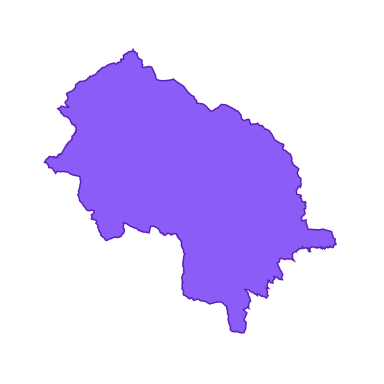 the district of Cuenca, Azuay, Ecuador, rotated 189°
{"feature_id": "8360857B44277665484155", "entity_name": "Cuenca", "entity_type": "district", "adm_level": 2, "iso_a3": "ECU", "parent_name": "Ecuador", "parent_adm1": "Azuay", "projection": "albers", "projection_center": [-79.199, -2.836], "detail": "fine", "context": "isolated", "style": "filled", "palette": "violet", "viewbox_px": 384, "rotation_deg": 189, "n_neighbors": 0, "source": "geoboundaries", "source_scale": "gbopen_adm2", "svg_char_len": 5984}
<svg xmlns="http://www.w3.org/2000/svg" viewBox="0 0 384 384"><g transform="rotate(189 192 192)"><path d="M311.3,190.1L306.1,189.9L305.0,189.2L303.5,184.2L303.8,177.2L304.3,175.4L303.6,173.5L304.3,171.2L302.7,169.2L301.6,165.8L298.2,163.2L296.7,161.2L294.7,159.7L293.8,158.2L292.6,157.5L290.7,157.3L288.3,158.4L285.6,158.1L285.5,156.3L287.8,153.4L286.9,152.0L287.2,149.6L282.7,149.2L281.8,148.7L281.5,147.2L282.1,146.1L279.6,144.5L279.7,143.0L277.2,138.3L275.9,137.5L275.9,136.6L275.1,135.7L275.2,134.8L271.3,132.7L269.7,130.7L268.2,131.0L265.8,133.0L264.5,133.3L262.4,134.9L260.7,135.6L260.0,135.3L257.5,135.7L254.9,137.3L255.0,138.1L253.1,140.9L252.7,142.3L253.1,144.7L254.3,145.8L254.4,149.2L255.0,150.6L254.6,150.9L251.4,150.4L247.6,148.6L245.2,148.2L244.0,147.6L240.7,147.3L238.8,145.7L236.5,145.8L236.2,145.1L234.5,145.3L234.2,144.9L233.3,144.8L231.7,145.2L228.0,144.9L227.6,150.9L227.1,151.6L224.8,152.3L220.4,151.0L218.4,149.5L216.8,146.7L214.7,146.9L214.5,146.0L213.9,145.9L213.1,145.1L211.6,145.2L209.5,147.6L206.8,147.2L206.5,146.6L205.5,147.1L205.5,146.6L204.5,146.9L203.7,148.1L200.5,148.1L200.3,146.9L199.1,145.8L199.2,145.4L197.7,143.8L196.4,143.3L195.0,141.4L194.0,139.3L194.3,138.1L193.6,136.4L191.3,133.6L190.8,130.9L189.4,129.8L190.0,127.6L189.9,120.2L189.3,117.1L188.1,115.6L188.1,112.8L187.2,111.8L188.2,109.1L188.7,106.0L187.6,102.3L186.7,101.3L187.4,100.8L186.7,94.8L184.8,92.9L184.7,89.7L183.8,88.7L182.7,88.8L178.0,86.2L177.1,86.3L176.4,87.2L175.2,87.1L173.4,85.2L169.1,87.3L166.5,85.9L162.1,86.2L157.1,84.2L150.2,87.3L145.9,87.9L144.8,87.5L139.4,83.8L139.4,82.3L138.2,79.8L137.9,77.3L137.1,76.6L136.4,74.9L136.4,71.9L134.6,67.4L133.1,65.5L132.6,61.9L130.6,60.6L126.8,60.7L126.1,61.4L122.5,60.6L120.4,60.7L118.6,61.3L117.6,65.8L118.2,72.0L120.8,73.5L118.8,81.0L122.8,83.8L119.1,86.6L117.7,86.1L118.8,87.6L118.1,87.9L118.4,89.4L118.2,92.0L117.0,93.5L118.1,94.9L118.0,95.5L118.6,96.9L120.2,98.8L120.8,100.9L124.3,103.9L120.8,104.3L118.9,102.9L114.8,101.9L114.6,101.3L113.5,101.2L111.3,100.0L111.4,101.8L107.2,100.0L104.3,100.0L101.9,98.9L100.6,101.7L101.7,102.6L101.9,105.5L103.7,108.6L101.2,108.7L102.7,110.2L103.3,111.6L102.7,114.9L103.0,116.7L102.1,116.8L100.9,115.1L99.9,114.7L97.8,114.7L98.4,116.9L96.5,119.9L97.8,121.3L94.3,121.3L93.8,120.2L91.7,119.4L89.0,119.6L89.8,120.5L90.0,121.7L89.5,124.9L90.6,126.0L91.1,127.3L92.0,127.8L96.8,135.1L94.8,136.5L94.8,140.0L93.0,140.4L89.2,139.9L87.9,141.1L86.5,140.8L84.0,141.4L80.5,140.2L82.6,142.6L82.6,143.8L83.4,146.5L81.8,148.4L80.4,149.4L79.4,149.3L79.5,150.5L78.3,151.1L77.2,152.9L75.4,153.1L74.4,153.8L74.2,154.8L73.7,153.9L73.1,153.7L70.7,154.9L69.2,154.0L69.2,154.7L67.7,154.6L67.6,153.9L68.2,153.6L67.4,152.6L67.6,151.8L66.7,151.4L65.9,151.7L66.6,152.2L66.4,153.4L67.1,154.8L66.5,154.9L65.6,156.4L64.7,156.3L62.9,157.2L62.0,156.5L61.1,156.3L60.5,156.7L59.9,156.2L59.1,157.1L58.7,156.7L57.8,157.2L56.4,156.9L56.3,157.7L54.8,156.4L54.9,157.4L53.7,157.1L52.5,157.4L52.1,156.5L51.5,157.1L51.6,158.1L50.8,158.8L49.4,158.3L49.3,158.9L48.5,158.5L47.4,159.9L47.0,159.0L46.2,159.5L45.4,159.6L44.7,159.0L43.8,159.5L43.7,161.2L43.1,161.7L43.3,162.5L41.7,162.7L42.1,164.2L42.7,164.3L43.4,165.4L42.9,167.0L43.1,167.9L45.3,168.9L47.9,174.7L57.1,175.8L60.4,174.5L71.6,173.4L75.0,180.7L74.9,182.2L78.6,180.8L79.0,181.6L79.8,182.0L79.6,184.8L77.2,187.6L77.0,188.3L78.6,193.0L77.2,193.4L77.6,194.5L77.3,196.1L78.0,196.6L78.5,198.0L77.8,199.0L78.1,199.7L78.8,200.1L79.9,199.4L81.2,200.0L81.7,199.8L83.1,202.6L84.4,203.4L83.3,204.9L84.2,206.0L88.1,206.0L89.3,210.0L88.0,212.1L88.1,213.6L87.0,214.5L85.7,213.5L85.3,216.3L86.1,218.3L86.5,222.1L86.9,222.7L89.2,223.9L91.2,227.7L90.3,230.0L90.3,231.7L96.5,235.0L97.1,236.5L98.3,237.9L98.7,241.0L100.8,244.8L102.4,245.3L106.5,247.7L107.5,247.7L108.9,248.4L109.3,249.3L108.9,250.6L109.3,251.1L108.6,251.9L108.8,252.9L109.9,253.7L111.3,253.6L118.4,256.4L122.3,261.7L125.3,264.6L127.9,265.6L129.9,265.6L133.2,268.7L135.5,268.1L137.8,270.2L140.4,268.9L143.3,268.5L144.5,267.7L147.0,272.6L148.2,272.5L152.0,270.6L154.8,272.4L155.8,275.8L159.5,279.2L161.2,279.1L162.7,280.2L171.8,283.3L176.7,283.1L179.6,279.2L182.0,277.7L183.5,276.0L185.2,275.0L186.4,274.9L192.5,279.6L194.0,280.2L195.5,280.7L201.3,280.5L201.6,282.6L204.5,285.2L205.0,286.7L207.5,287.2L212.0,290.3L216.9,295.2L224.5,298.5L228.0,300.6L230.3,299.4L235.2,297.9L240.6,297.0L244.0,297.4L245.5,298.8L246.3,301.4L251.3,309.0L254.0,309.3L259.5,307.3L260.6,307.5L260.7,310.1L261.4,310.5L262.1,314.5L265.6,315.6L267.7,318.5L267.7,320.3L270.4,321.1L270.5,321.8L271.4,322.0L272.4,323.4L272.7,322.0L276.5,320.5L277.8,319.3L277.8,318.6L278.6,318.5L281.1,316.4L280.3,312.6L283.0,312.1L283.1,311.4L282.3,310.4L283.5,309.0L285.6,308.2L287.0,306.3L287.8,306.4L288.8,307.3L292.7,305.7L295.4,303.9L297.9,301.4L300.1,300.9L302.8,297.1L304.0,296.4L303.9,295.6L306.0,292.7L308.1,291.7L308.1,291.3L309.8,290.2L311.0,290.4L311.4,288.8L312.7,288.0L313.0,286.5L314.1,286.1L315.9,284.6L320.1,283.6L321.4,282.4L323.6,279.7L323.5,276.9L325.4,274.2L326.6,272.8L330.7,270.4L331.3,269.1L329.4,266.3L329.2,265.0L329.6,263.3L330.8,262.0L331.4,260.5L329.6,258.1L328.1,257.3L327.0,257.3L327.4,256.3L329.3,256.0L334.7,256.4L335.1,254.8L337.6,253.4L334.7,251.5L334.0,250.7L333.8,249.5L333.0,249.4L330.1,246.9L327.2,246.8L323.6,244.5L322.6,242.2L321.1,240.3L320.0,240.4L319.3,239.5L318.9,239.6L317.4,238.6L316.0,236.0L316.6,234.3L315.9,233.6L316.3,232.7L317.0,232.4L316.7,231.7L317.6,230.7L317.4,230.2L319.2,228.3L319.0,226.4L318.6,226.1L318.8,225.5L320.1,223.4L322.0,221.4L322.3,219.9L322.9,219.9L323.2,218.7L322.7,218.5L323.4,218.5L323.3,218.0L324.0,217.4L327.2,208.6L328.4,209.0L328.5,208.1L329.9,208.0L330.0,206.8L330.5,206.3L330.3,205.2L331.4,205.3L332.8,204.6L333.4,204.7L333.7,205.4L335.7,204.7L338.5,204.8L339.7,202.6L340.9,201.7L342.3,198.2L340.3,198.1L338.1,196.1L337.3,193.8L333.7,193.7L329.6,189.1L328.5,191.4L325.3,191.4L322.0,192.2L317.8,192.1L316.0,191.6L315.1,190.8L311.3,190.1Z" fill="#8b5cf6" stroke="#5b21b6" stroke-width="1.5"/></g></svg>